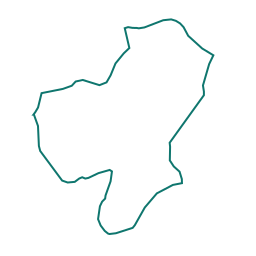 SVG path tracing the border of Kohgiluyeh and Buyer Ahmad, rotated 84°
{"feature_id": "IRN-3209", "entity_name": "Kohgiluyeh and Buyer Ahmad", "entity_type": "Province", "adm_level": 1, "iso_a3": "IRN", "parent_name": "Iran", "parent_adm1": "", "projection": "albers", "projection_center": [50.792, 30.816], "detail": "fine", "context": "isolated", "style": "outline", "palette": "teal", "viewbox_px": 256, "rotation_deg": 84, "n_neighbors": 0, "source": "natural_earth", "source_scale": "10m", "svg_char_len": 955}
<svg xmlns="http://www.w3.org/2000/svg" viewBox="0 0 256 256"><g transform="rotate(84 128 128)"><path d="M188.5,80.1L189.3,89.3L196.0,106.1L208.8,119.6L225.4,131.4L227.8,133.8L231.4,151.0L231.5,157.5L230.9,158.9L227.9,161.9L222.1,165.4L215.5,167.3L202.9,164.1L198.5,161.4L195.8,158.1L192.8,157.4L179.2,150.9L169.5,148.5L167.8,150.6L169.8,162.1L173.5,172.6L173.8,175.8L172.2,178.7L173.1,181.7L176.0,186.6L175.9,193.7L173.4,199.0L141.7,217.7L136.6,218.5L116.6,217.3L104.7,220.2L104.7,220.5L102.6,218.6L98.2,215.3L84.3,210.3L82.3,188.6L80.1,179.5L76.3,175.2L75.5,168.0L82.4,151.9L80.4,144.6L73.8,139.8L62.5,133.7L53.3,124.4L48.6,118.3L28.4,120.8L27.7,117.4L28.9,113.0L29.4,108.9L30.0,106.8L29.7,101.2L24.5,81.7L24.5,73.7L26.4,69.2L29.4,65.3L33.5,62.2L42.6,58.5L56.7,45.9L64.6,35.5L72.9,40.6L93.5,49.0L99.7,48.7L103.3,49.1L147.0,88.1L151.1,88.1L164.6,89.8L171.0,86.5L176.8,81.3L184.4,79.8L188.5,80.1Z" fill="none" stroke="#0f766e" stroke-width="2"/></g></svg>